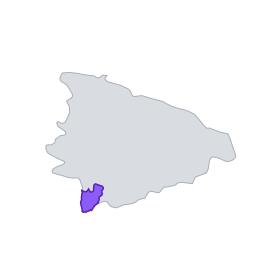 Bijeljina highlighted on a map of Bosnia and Herzegovina, rotated 154°
{"feature_id": "BIH-4804", "entity_name": "Bijeljina", "entity_type": "state/province", "adm_level": 1, "iso_a3": "BIH", "parent_name": "Bosnia and Herzegovina", "parent_adm1": "", "projection": "natural_earth1", "projection_center": [19.107, 44.733], "detail": "fine", "context": "in_parent", "style": "filled", "palette": "violet", "viewbox_px": 256, "rotation_deg": 154, "n_neighbors": 0, "source": "natural_earth", "source_scale": "10m", "svg_char_len": 2765}
<svg xmlns="http://www.w3.org/2000/svg" viewBox="0 0 256 256"><g transform="rotate(154 128 128)"><path d="M204.5,72.5L204.8,73.8L203.8,78.3L201.9,83.1L198.8,88.1L195.5,92.8L194.7,95.3L194.4,99.3L194.0,102.4L194.5,104.2L195.6,105.7L199.2,107.0L204.1,110.2L208.2,114.3L213.5,118.9L215.2,120.6L215.2,122.5L213.7,123.9L209.1,124.4L204.4,124.0L202.5,123.5L200.8,124.1L199.8,125.2L200.4,126.4L205.2,132.1L210.9,140.2L211.2,143.7L210.5,146.4L209.2,148.3L206.9,148.0L205.1,146.5L202.4,146.6L200.2,147.1L197.5,150.0L196.1,149.9L193.8,150.3L192.3,150.9L189.9,150.0L187.5,149.5L186.4,150.4L185.9,152.1L187.4,155.2L190.3,160.1L189.9,163.9L187.7,164.3L185.7,161.2L183.9,160.7L181.8,160.8L177.2,164.4L173.8,167.4L173.0,169.6L171.7,171.9L171.4,173.6L171.4,179.1L165.2,180.0L164.0,180.9L163.2,182.6L163.7,189.7L164.2,193.6L167.7,199.5L167.8,201.4L167.3,202.7L164.8,205.0L163.6,205.9L162.8,206.2L158.7,204.6L156.7,203.9L148.5,198.6L144.9,195.7L139.2,191.9L135.6,189.7L133.8,186.4L131.0,185.6L127.7,186.7L123.9,184.3L126.6,183.1L127.3,181.9L126.9,180.4L125.8,178.3L115.7,169.3L110.7,163.1L109.9,160.9L109.9,155.0L108.7,153.6L101.3,151.0L93.0,143.3L84.5,135.9L83.4,133.8L79.0,128.1L73.7,123.0L69.4,119.7L65.9,116.0L62.1,110.8L60.1,102.9L58.4,95.9L57.2,93.2L54.8,92.2L47.2,84.0L40.8,79.1L40.9,73.9L42.1,65.3L43.4,55.4L45.0,54.1L48.0,53.3L51.4,53.6L54.3,54.8L60.1,61.6L63.4,64.2L66.2,65.2L69.5,62.4L73.5,56.4L77.0,53.3L88.8,54.4L94.6,49.8L103.9,55.9L107.8,56.8L109.9,55.9L112.9,56.3L119.4,58.1L121.0,58.8L122.9,58.7L127.8,56.3L129.4,56.6L135.0,61.2L137.8,61.3L141.1,59.3L143.3,57.6L149.7,58.9L153.3,58.1L156.3,58.0L159.6,58.8L162.6,59.9L165.5,60.8L173.4,61.3L177.2,64.2L178.7,67.0L178.7,68.7L179.1,70.6L181.3,72.4L186.0,73.4L189.0,73.2L190.6,73.1L194.6,71.5L199.4,70.6L202.8,71.6L204.5,72.5Z" fill="#d9dde1" stroke="#a8b0b8" stroke-width="1"/><path d="M187.5,73.6L188.9,73.5L189.4,73.4L190.8,73.0L191.8,72.9L192.5,72.6L196.6,70.0L197.1,69.9L197.4,70.2L197.6,70.7L197.8,71.0L198.3,71.0L199.1,70.6L199.5,70.6L201.5,71.0L201.9,70.9L202.3,70.7L202.7,70.7L203.6,71.5L204.1,71.7L204.5,71.6L204.8,71.7L205.1,71.9L205.4,72.2L205.6,72.5L205.7,73.0L205.7,73.6L205.3,73.8L205.1,74.0L203.6,81.0L203.1,82.0L202.7,82.6L201.7,83.3L201.3,83.8L200.9,84.3L200.3,86.0L198.1,89.3L197.9,89.5L197.4,89.8L197.2,90.0L197.1,90.4L197.2,91.3L197.1,91.7L196.8,92.2L196.3,91.2L195.3,90.1L193.9,89.2L193.2,89.0L192.1,89.4L190.8,90.1L190.1,90.5L190.0,87.7L189.7,86.7L188.1,86.4L186.5,86.7L185.9,87.7L185.0,89.5L183.7,91.5L182.7,92.0L181.8,92.0L181.1,91.4L178.6,88.8L176.9,87.2L176.4,86.1L176.5,84.8L177.0,84.1L178.3,83.4L179.5,82.6L179.8,81.3L179.8,80.3L180.6,79.4L181.3,79.0L183.5,78.8L184.6,78.1L185.1,76.5L185.8,75.6L186.9,75.1L187.6,74.7L187.5,73.6Z" fill="#8b5cf6" stroke="#5b21b6" stroke-width="1.5"/></g></svg>